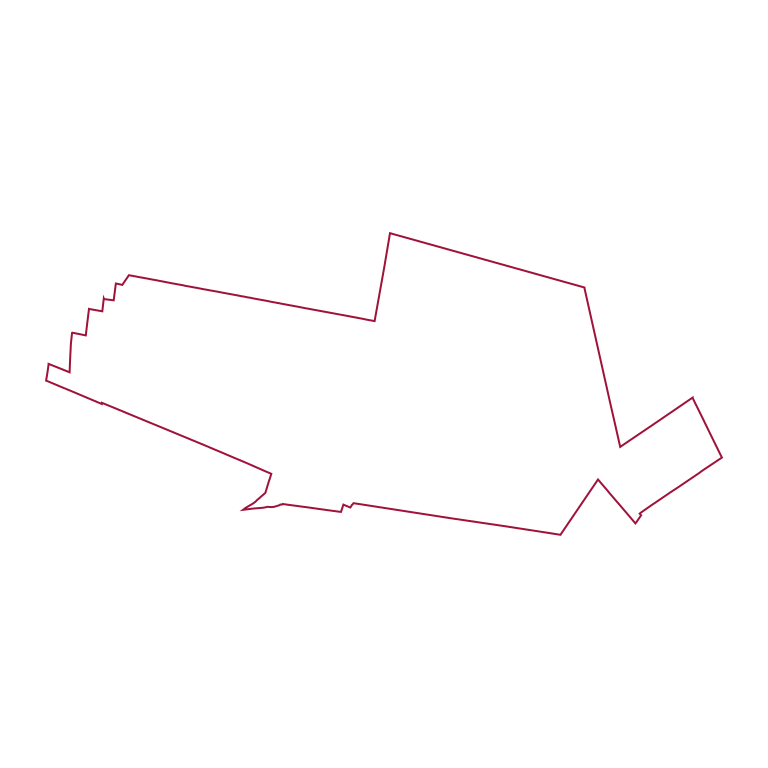 Benito Juárez, Tlaxcala, Mexico (Albers equal-area conic projection)
{"feature_id": "50627088B10674186524860", "entity_name": "Benito Juárez", "entity_type": "district", "adm_level": 2, "iso_a3": "MEX", "parent_name": "Mexico", "parent_adm1": "Tlaxcala", "projection": "albers", "projection_center": [-98.418, 19.596], "detail": "fine", "context": "isolated", "style": "outline", "palette": "rose", "viewbox_px": 768, "rotation_deg": 0, "n_neighbors": 0, "source": "geoboundaries", "source_scale": "gbopen_adm2", "svg_char_len": 2857}
<svg xmlns="http://www.w3.org/2000/svg" viewBox="0 0 768 768"><path d="M390.0,233.2L384.2,267.6L374.6,321.1L371.4,320.5L369.7,320.2L366.4,319.6L363.2,318.9L327.2,312.2L323.9,311.6L320.7,311.0L317.4,310.4L314.1,309.8L310.9,309.2L304.3,308.0L297.8,306.7L291.2,305.5L287.9,304.9L284.7,304.3L281.4,303.7L278.0,303.0L277.5,303.0L277.3,302.9L274.0,302.3L270.7,301.7L267.5,301.0L264.2,300.4L260.9,299.8L257.6,299.2L254.3,298.6L251.0,297.9L250.7,297.8L247.8,297.4L244.6,296.7L241.3,296.2L238.0,295.5L237.8,295.4L237.5,295.4L234.7,294.9L231.5,294.3L228.2,293.7L224.9,293.1L224.5,293.0L224.4,293.0L221.7,292.5L218.2,291.8L214.8,291.2L211.4,290.6L211.2,290.6L208.6,290.1L205.3,289.5L201.9,288.9L198.5,288.2L197.9,288.1L197.7,288.0L197.2,287.9L195.1,287.6L191.9,287.0L188.6,286.4L185.1,285.8L183.9,285.5L183.7,285.4L170.4,283.0L170.2,282.9L166.3,282.2L162.9,281.5L159.5,280.9L157.2,280.4L156.9,280.4L156.1,280.2L152.7,279.6L145.9,278.3L143.9,278.0L143.7,277.9L142.5,277.7L139.1,277.1L132.3,275.8L130.3,275.5L128.9,275.2L122.3,284.9L118.8,284.1L115.9,283.5L115.8,283.9L113.7,300.3L104.1,299.1L103.8,298.4L102.3,311.3L89.3,309.0L89.0,308.9L87.3,322.6L85.8,335.4L72.4,332.7L72.1,332.8L72.0,333.3L70.9,343.7L70.1,359.7L69.6,372.3L48.6,363.9L48.6,364.3L47.4,372.9L46.5,378.2L46.1,380.6L62.8,387.6L63.1,387.7L76.3,393.2L101.8,404.0L101.9,402.8L204.7,445.3L213.6,449.1L219.4,451.5L226.4,454.5L229.7,455.9L233.7,457.6L245.6,462.6L258.6,468.3L263.8,470.6L271.3,473.8L271.2,474.1L271.1,474.5L269.7,479.0L269.4,479.7L268.2,483.5L266.9,487.8L265.5,492.4L265.3,492.9L264.9,493.3L261.4,496.3L260.8,496.8L260.4,497.2L259.9,497.7L256.9,500.2L255.6,501.6L253.6,503.1L252.2,504.0L245.7,507.8L243.1,509.8L253.7,508.5L262.5,507.8L264.4,507.5L266.2,507.2L267.1,506.8L269.7,507.0L271.5,507.1L274.3,506.8L277.5,505.8L279.5,505.2L280.3,504.5L281.1,504.5L282.2,504.5L282.6,504.0L289.8,505.0L295.8,505.8L296.1,505.8L300.2,506.4L304.1,506.9L308.1,507.4L310.7,507.8L310.9,507.8L317.2,508.7L322.2,509.4L325.4,509.8L325.7,509.9L339.9,511.8L340.1,511.8L341.0,511.9L343.4,504.6L344.5,505.1L350.3,507.5L351.3,506.1L351.8,505.0L352.7,504.3L353.5,503.2L359.6,504.1L385.4,508.1L450.5,518.2L505.6,526.3L523.7,529.1L560.5,534.8L560.7,534.4L598.0,479.5L600.0,481.8L600.1,482.0L607.5,490.6L608.7,492.1L608.9,492.4L617.4,502.3L617.6,502.5L618.9,504.0L626.4,512.8L626.6,513.0L635.4,523.4L636.3,522.3L641.1,515.3L639.7,513.6L640.9,512.6L644.9,509.8L650.2,506.1L650.5,505.9L651.9,504.9L653.4,503.9L653.6,503.8L671.5,491.6L672.0,491.3L674.1,489.9L675.7,488.9L676.1,488.6L677.2,487.9L683.4,483.7L699.2,473.0L699.8,472.6L700.1,472.4L700.7,471.8L703.9,469.6L707.2,467.4L721.9,457.6L710.8,435.0L701.9,416.7L695.8,404.4L695.6,404.1L692.6,397.8L692.6,397.6L667.9,414.5L655.3,423.1L629.6,440.5L620.2,446.9L614.2,420.4L610.7,405.2L584.5,288.3L584.5,287.5L390.0,233.2Z" fill="none" stroke="#9f1239" stroke-width="2"/></svg>